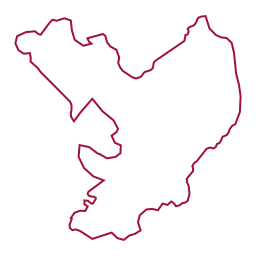 the County of Jász-Nagykun-Szolnok
{"feature_id": "HUN-3175", "entity_name": "Jász-Nagykun-Szolnok", "entity_type": "County", "adm_level": 1, "iso_a3": "HUN", "parent_name": "Hungary", "parent_adm1": "", "projection": "albers", "projection_center": [20.367, 47.222], "detail": "fine", "context": "isolated", "style": "outline", "palette": "rose", "viewbox_px": 256, "rotation_deg": 0, "n_neighbors": 0, "source": "natural_earth", "source_scale": "10m", "svg_char_len": 1950}
<svg xmlns="http://www.w3.org/2000/svg" viewBox="0 0 256 256"><path d="M198.2,17.8L201.1,16.6L205.6,16.1L209.5,28.5L215.9,35.0L221.2,37.4L226.6,38.0L231.7,42.9L234.0,52.7L236.1,73.4L239.0,84.9L240.6,96.4L239.9,112.0L235.3,124.2L232.1,125.9L229.7,129.2L228.5,132.6L226.7,135.1L222.6,136.7L221.3,139.9L219.5,143.0L217.1,143.9L215.7,147.0L213.4,148.5L210.0,147.5L206.7,148.7L196.8,161.2L194.1,163.1L192.3,166.3L193.0,167.8L193.1,171.0L186.8,178.7L187.0,182.5L188.6,185.6L189.5,193.6L187.7,200.9L185.1,202.6L182.5,203.1L179.3,205.4L176.0,206.2L173.9,203.3L171.3,201.5L167.5,204.9L162.6,203.6L157.9,210.3L152.3,208.9L146.4,209.5L139.8,215.2L138.0,222.3L140.6,230.4L135.0,233.8L129.2,235.6L123.8,239.9L117.6,238.2L111.6,232.6L92.3,238.9L80.1,231.0L75.7,229.4L72.5,230.2L70.1,228.3L69.5,225.0L71.8,218.7L70.8,218.1L74.5,212.8L80.2,210.7L85.2,211.0L87.7,206.4L84.4,204.3L84.4,200.4L88.1,200.8L91.1,203.5L92.7,203.7L95.7,199.2L95.7,197.7L93.8,196.8L91.1,196.4L88.6,195.6L87.6,193.6L88.6,191.6L94.4,187.3L103.7,180.4L93.2,176.3L84.0,168.0L78.6,156.9L79.6,145.1L89.2,147.1L97.5,153.4L99.8,154.1L102.3,155.6L106.9,158.3L115.3,157.0L120.4,153.3L120.8,145.3L114.9,142.8L111.6,135.7L116.7,131.9L118.0,128.8L113.7,120.5L102.4,111.2L92.3,98.8L80.5,112.4L74.0,121.3L71.1,116.8L70.8,113.4L71.5,109.6L71.5,105.2L70.2,101.8L40.6,72.0L37.5,67.8L30.6,61.6L30.7,57.6L29.9,53.1L23.7,53.7L18.5,50.2L15.4,43.4L17.1,36.2L26.0,32.1L35.0,31.3L38.7,34.3L40.7,34.7L49.8,22.4L52.6,19.7L56.4,20.8L64.3,18.3L70.8,20.5L71.9,30.4L74.6,39.7L83.4,45.8L91.5,43.6L89.0,41.7L87.4,38.3L103.0,34.0L105.3,35.8L107.0,42.1L110.2,46.4L116.4,49.8L119.2,57.5L118.2,62.9L120.0,67.2L122.9,71.0L132.4,77.3L136.1,78.4L140.1,77.1L141.7,75.9L143.7,73.1L144.6,72.1L150.6,70.1L152.9,68.0L153.7,62.9L155.2,60.9L184.3,41.0L185.3,36.7L185.3,35.2L186.8,34.8L187.6,34.2L188.1,33.2L188.7,31.6L187.7,28.7L189.3,27.2L194.3,25.1L196.4,22.0L197.2,19.6L198.2,17.8Z" fill="none" stroke="#9f1239" stroke-width="2"/></svg>